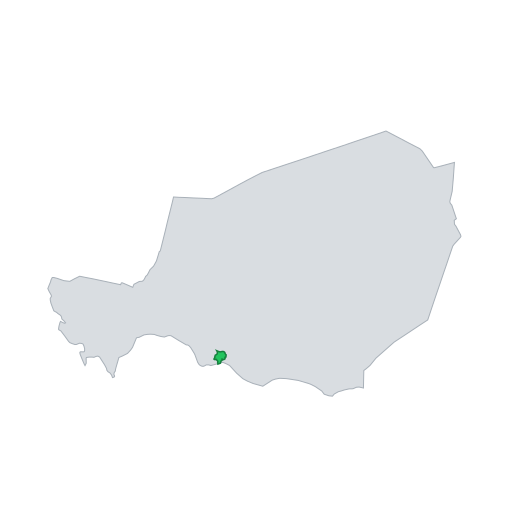 Aguié, Maradi, Niger shown in context, rotated 14°
{"feature_id": "23599985B59469969297601", "entity_name": "Aguié", "entity_type": "district", "adm_level": 2, "iso_a3": "NER", "parent_name": "Niger", "parent_adm1": "Maradi", "projection": "mercator", "projection_center": [7.641, 13.496], "detail": "fine", "context": "in_parent", "style": "filled", "palette": "green", "viewbox_px": 512, "rotation_deg": 14, "n_neighbors": 0, "source": "geoboundaries", "source_scale": "gbopen_adm2", "svg_char_len": 3836}
<svg xmlns="http://www.w3.org/2000/svg" viewBox="0 0 512 512"><g transform="rotate(14 256 256)"><path d="M392.2,358.1L387.8,358.2L385.3,359.0L382.1,361.4L378.5,362.4L374.1,364.6L371.4,366.3L368.8,367.7L365.3,371.0L364.1,373.5L360.6,374.0L355.6,373.6L352.5,371.1L345.2,368.4L340.5,367.3L338.3,367.0L327.1,366.5L315.3,367.6L309.2,368.8L308.1,369.1L304.7,370.7L301.8,372.5L294.1,380.7L284.0,380.4L278.0,379.5L272.9,378.2L265.6,374.4L256.8,368.6L253.4,367.8L250.3,367.3L249.2,367.4L238.7,373.2L236.6,373.1L234.1,373.7L232.5,375.2L231.3,375.9L230.0,376.0L228.3,375.7L226.7,374.8L225.1,373.2L220.7,366.7L219.8,365.6L217.9,363.7L214.8,360.7L212.7,359.3L211.4,358.9L209.8,359.1L201.3,356.6L192.8,353.9L190.9,354.2L189.6,354.8L186.7,356.8L183.2,357.1L178.8,357.0L176.4,356.7L172.5,357.4L169.9,358.2L166.5,359.6L162.1,363.3L160.8,363.7L159.8,364.4L158.3,374.5L157.1,377.6L154.9,381.6L150.5,385.4L147.5,387.7L147.4,390.9L147.2,396.0L147.1,399.5L147.3,401.8L146.8,402.9L146.6,403.9L146.8,405.4L147.5,406.1L147.9,407.0L147.6,407.8L146.2,408.7L144.6,406.4L142.6,404.8L140.4,404.1L138.9,402.9L138.2,401.3L135.3,398.1L128.6,391.8L127.9,391.7L126.8,391.4L124.9,392.2L123.8,393.2L122.9,393.6L121.7,393.7L118.5,394.5L116.0,395.5L115.9,396.3L117.2,401.1L116.6,403.7L115.4,402.4L111.8,397.6L109.3,394.1L108.8,393.3L108.4,392.1L108.7,391.5L109.7,391.2L112.0,390.7L112.5,390.3L112.6,389.4L112.2,387.5L110.9,385.1L109.6,383.4L108.8,383.1L107.4,383.1L105.9,383.3L103.1,385.3L101.8,385.7L98.9,385.5L96.3,385.1L94.7,384.1L90.0,380.1L84.8,375.9L82.6,375.3L82.1,374.8L81.8,371.6L81.9,367.7L82.2,366.7L84.3,367.3L86.6,367.6L87.4,366.9L85.5,365.5L82.9,364.1L81.9,362.0L81.1,361.2L79.9,360.5L78.6,360.1L77.2,359.5L76.2,358.9L74.7,358.6L73.1,358.1L70.7,354.7L68.4,351.3L67.1,348.7L66.6,347.1L67.3,344.4L66.6,343.3L64.0,340.6L61.9,338.0L62.4,334.1L62.9,330.8L62.9,328.7L63.2,327.5L63.5,326.2L64.9,325.8L68.5,325.8L75.5,326.4L81.1,325.7L81.5,325.6L85.4,322.0L89.8,318.3L96.4,318.0L103.6,317.6L109.2,317.4L117.4,317.1L124.0,316.9L131.6,316.6L131.8,314.9L132.3,314.4L133.1,314.4L138.7,315.3L144.0,316.2L144.4,313.0L149.0,308.9L151.6,308.1L152.3,307.4L153.1,306.0L153.6,303.9L153.9,302.4L154.9,301.1L155.6,298.8L156.5,294.8L159.1,290.6L160.6,284.9L160.9,279.3L161.1,275.1L161.9,274.2L161.9,266.7L161.9,259.1L161.9,252.7L161.8,244.8L161.8,237.7L161.8,230.1L161.8,223.3L161.7,218.7L167.1,217.7L172.6,216.5L180.8,214.9L189.5,213.1L199.1,211.2L201.3,210.0L208.5,203.4L211.8,200.4L218.2,194.5L223.2,189.9L229.6,184.1L236.3,178.2L241.7,173.5L250.1,168.2L262.9,160.1L275.6,152.1L288.3,144.0L301.0,135.9L313.8,127.8L326.5,119.6L339.2,111.5L351.9,103.3L364.7,106.4L376.9,109.4L389.1,112.3L392.0,114.0L398.5,119.8L406.8,127.2L407.2,127.3L407.5,127.3L415.5,123.0L425.9,117.2L425.9,117.3L428.6,132.6L430.7,145.8L430.8,154.2L430.9,156.4L431.7,157.8L433.7,159.3L441.4,171.4L439.7,173.4L440.9,177.2L442.9,178.8L449.3,185.9L450.1,187.3L449.8,188.5L445.3,196.8L444.5,198.9L443.6,209.6L443.0,217.1L442.1,227.4L441.1,239.6L440.2,250.0L439.1,263.6L438.1,276.5L431.6,283.5L420.2,296.0L410.9,306.1L406.2,312.9L397.1,326.1L393.1,334.6L389.9,339.1L388.3,341.0L389.7,347.2L392.2,358.1Z" fill="#d9dde1" stroke="#a8b0b8" stroke-width="1"/><path d="M240.4,362.2L240.5,363.1L240.4,364.0L240.6,364.2L240.6,365.0L240.2,365.5L240.2,366.3L240.6,366.5L241.5,366.4L242.3,365.9L242.8,366.4L243.3,366.5L244.5,367.5L244.5,368.4L245.2,370.1L247.3,368.7L247.5,367.6L247.4,366.6L248.3,365.5L248.0,365.0L248.0,364.2L248.6,364.3L249.4,364.5L249.7,364.4L250.7,363.5L250.8,363.0L250.5,362.3L250.4,361.8L250.8,361.6L251.3,361.2L251.1,360.6L251.0,359.5L251.0,359.2L250.4,358.9L249.4,357.9L249.4,357.6L248.9,357.0L247.9,356.6L247.0,356.6L245.9,357.0L244.5,357.7L242.8,357.7L240.8,357.4L241.3,357.9L241.8,358.8L242.0,359.5L241.9,360.6L241.4,361.3L240.4,362.2Z" fill="#22c55e" stroke="#15803d" stroke-width="1.5"/></g></svg>